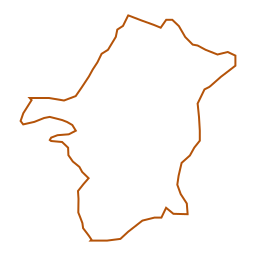 Mousere, Paphos, Cyprus
{"feature_id": "46923920B16150437689727", "entity_name": "Mousere", "entity_type": "district", "adm_level": 2, "iso_a3": "CYP", "parent_name": "Cyprus", "parent_adm1": "Paphos", "projection": "robinson", "projection_center": [32.705, 34.764], "detail": "fine", "context": "isolated", "style": "outline", "palette": "amber", "viewbox_px": 256, "rotation_deg": 0, "n_neighbors": 0, "source": "geoboundaries", "source_scale": "gbopen_adm2", "svg_char_len": 1177}
<svg xmlns="http://www.w3.org/2000/svg" viewBox="0 0 256 256"><path d="M90.7,240.6L102.3,240.6L107.1,240.6L120.4,238.9L128.2,231.7L142.4,220.6L154.5,217.6L161.4,217.6L166.1,207.8L173.4,213.8L187.6,214.2L187.6,213.8L186.8,203.5L180.7,194.1L177.3,184.7L178.6,175.8L181.6,162.9L189.9,155.5L194.3,147.6L199.8,140.7L199.8,130.6L199.0,117.0L197.8,105.1L197.6,103.6L204.5,89.4L209.2,87.0L210.6,85.9L220.8,76.9L235.4,65.7L235.4,55.6L227.7,52.0L217.5,54.5L205.6,49.8L197.6,45.5L192.7,44.6L185.2,37.0L178.9,26.1L172.3,19.8L166.2,19.8L160.7,27.7L154.1,25.0L141.9,20.6L128.3,15.4L128.2,15.4L123.0,25.9L117.3,29.6L115.8,36.9L108.0,49.8L101.6,53.8L97.4,62.4L92.8,69.4L88.9,76.5L81.7,87.4L75.7,96.1L64.0,100.5L49.0,98.0L29.7,98.0L31.6,100.1L23.5,112.9L23.3,113.2L20.6,121.0L23.2,124.4L34.3,121.9L44.1,118.0L49.7,116.9L57.3,118.8L62.3,120.1L67.1,122.0L72.3,125.0L75.8,130.7L68.8,134.3L57.5,135.2L51.2,137.6L49.8,140.0L51.1,141.0L55.3,141.4L62.1,142.0L68.1,147.7L68.4,155.2L72.8,161.5L79.4,166.9L82.2,172.0L88.6,178.2L83.4,184.2L78.0,191.0L78.5,198.9L78.3,212.5L80.2,217.3L82.4,223.1L83.1,228.2L86.8,233.0L89.1,236.1L91.5,239.7L90.7,240.6Z" fill="none" stroke="#b45309" stroke-width="2"/></svg>